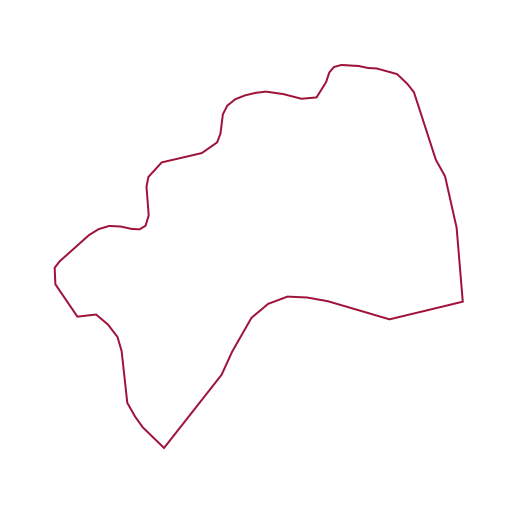 an SVG outline of Hưng Yên, rotated 82°
{"feature_id": "VNM-461", "entity_name": "Hưng Yên", "entity_type": "Province", "adm_level": 1, "iso_a3": "VNM", "parent_name": "Vietnam", "parent_adm1": "", "projection": "orthographic", "projection_center": [106.031, 20.808], "detail": "fine", "context": "isolated", "style": "outline", "palette": "rose", "viewbox_px": 512, "rotation_deg": 82, "n_neighbors": 0, "source": "natural_earth", "source_scale": "10m", "svg_char_len": 853}
<svg xmlns="http://www.w3.org/2000/svg" viewBox="0 0 512 512"><g transform="rotate(82 256 256)"><path d="M433.3,373.8L409.9,392.0L398.2,398.1L383.5,403.9L331.6,402.3L317.0,404.4L303.3,412.1L291.7,422.5L291.2,441.3L256.1,458.6L239.6,457.0L233.8,451.0L212.0,418.4L207.5,408.1L205.8,397.2L208.0,385.8L211.7,375.9L213.4,367.7L210.7,361.2L200.9,356.6L188.1,355.8L172.1,354.8L162.8,351.6L150.2,336.4L146.5,295.3L138.1,278.7L129.7,274.1L111.1,269.1L103.1,263.5L97.9,254.8L95.4,244.5L94.4,233.6L94.6,223.3L99.5,206.3L106.6,189.2L107.4,174.0L93.6,162.4L84.5,157.9L79.7,152.5L78.7,145.0L82.2,127.7L85.5,118.6L87.1,110.4L95.5,91.0L106.7,82.1L115.8,76.8L185.8,64.5L203.4,57.7L256.0,53.4L330.0,57.6L337.3,132.6L310.8,191.1L304.2,211.2L300.6,230.5L305.1,250.7L316.6,269.1L347.5,293.0L368.8,306.6L433.3,373.8Z" fill="none" stroke="#9f1239" stroke-width="2"/></g></svg>